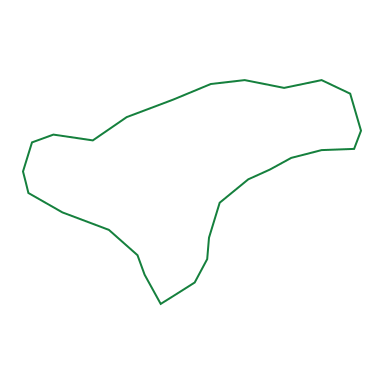 outline of Egkomi Lefkosias, Nicosia, Cyprus
{"feature_id": "46923920B18592714961636", "entity_name": "Egkomi Lefkosias", "entity_type": "district", "adm_level": 2, "iso_a3": "CYP", "parent_name": "Cyprus", "parent_adm1": "Nicosia", "projection": "equal_earth", "projection_center": [33.317, 35.151], "detail": "fine", "context": "isolated", "style": "outline", "palette": "green", "viewbox_px": 384, "rotation_deg": 0, "n_neighbors": 0, "source": "geoboundaries", "source_scale": "gbopen_adm2", "svg_char_len": 474}
<svg xmlns="http://www.w3.org/2000/svg" viewBox="0 0 384 384"><path d="M354.1,148.9L361.0,130.7L350.2,93.7L321.6,80.1L284.1,87.9L244.7,80.1L210.8,84.0L173.2,99.6L126.7,117.1L92.8,140.4L53.4,134.6L32.0,142.4L23.0,171.5L25.8,182.4L28.4,193.0L62.4,212.4L108.9,229.9L137.5,255.2L144.6,274.7L160.7,303.9L171.6,297.1L194.7,282.5L207.2,259.1L209.0,237.7L219.7,202.7L248.3,179.3L269.8,169.6L291.2,157.9L321.6,150.1L354.1,148.9Z" fill="none" stroke="#15803d" stroke-width="2"/></svg>